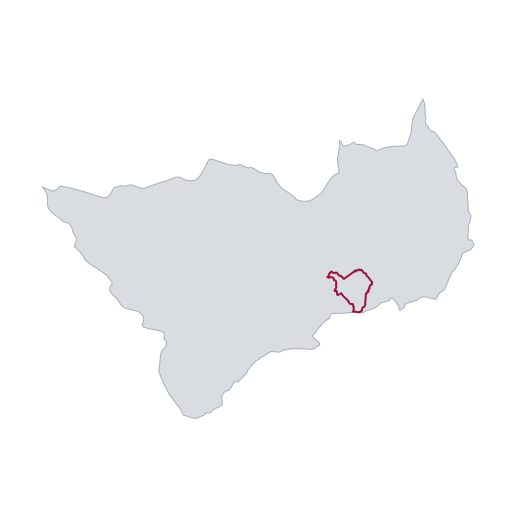 Batangafo, Ouham, Central African Republic shown in context, rotated 183°
{"feature_id": "33826404B19230963390716", "entity_name": "Batangafo", "entity_type": "district", "adm_level": 2, "iso_a3": "CAF", "parent_name": "Central African Republic", "parent_adm1": "Ouham", "projection": "robinson", "projection_center": [18.084, 7.412], "detail": "fine", "context": "in_parent", "style": "outline", "palette": "rose", "viewbox_px": 512, "rotation_deg": 183, "n_neighbors": 0, "source": "geoboundaries", "source_scale": "gbopen_adm2", "svg_char_len": 6836}
<svg xmlns="http://www.w3.org/2000/svg" viewBox="0 0 512 512"><g transform="rotate(183 256 256)"><path d="M360.2,178.0L365.1,179.4L366.0,181.1L364.7,186.7L365.6,190.2L368.4,193.1L371.2,194.4L373.9,195.1L383.3,196.9L387.2,199.0L392.3,205.5L398.8,211.5L400.4,214.6L400.1,217.5L398.2,221.0L398.5,222.4L401.5,225.9L404.9,229.4L411.1,233.4L421.9,239.6L426.9,243.8L428.6,246.9L431.4,250.4L435.2,253.5L437.8,255.9L436.1,262.7L436.6,265.0L437.6,266.9L439.8,269.6L440.8,273.1L443.0,277.4L445.7,279.3L450.1,280.1L452.5,282.1L457.4,285.5L462.1,288.5L464.1,290.5L465.4,292.3L466.5,294.5L467.0,296.6L467.1,301.2L468.0,306.9L470.5,310.9L472.9,313.8L463.3,310.4L461.8,310.4L460.1,310.9L455.1,315.1L453.5,315.6L447.1,314.7L431.8,311.4L419.9,308.3L416.4,307.2L410.1,306.1L405.9,308.2L402.0,315.6L400.9,317.0L394.7,319.2L391.8,318.6L384.7,320.6L373.7,317.6L369.8,318.2L366.7,319.7L358.8,323.0L354.0,324.9L348.5,326.6L343.2,329.3L339.6,330.7L336.1,330.7L333.0,329.2L329.5,327.9L325.4,327.6L321.1,328.4L317.5,331.3L316.0,333.4L312.9,339.0L309.1,348.0L307.7,349.8L306.3,350.7L289.1,346.2L281.7,345.2L276.7,346.6L270.5,344.0L267.7,343.6L266.4,344.4L263.0,343.3L257.3,340.2L251.8,338.9L247.0,339.3L244.0,338.3L241.6,335.3L238.5,329.8L232.9,324.4L225.4,320.0L220.7,316.7L218.8,314.5L214.8,313.3L208.6,313.1L202.7,315.2L194.1,322.1L186.2,336.0L181.8,341.3L178.3,342.7L177.4,346.1L179.1,351.4L179.6,357.6L178.4,368.0L178.8,375.6L176.9,374.4L175.1,370.9L174.3,370.2L169.0,371.8L166.3,373.2L164.9,374.6L163.8,374.8L162.1,372.9L160.8,372.5L158.7,372.9L156.6,372.9L155.3,372.6L154.4,372.8L151.9,371.6L142.9,368.7L141.4,367.7L139.6,367.8L134.9,370.4L132.4,371.1L125.0,372.7L117.0,373.4L114.0,373.5L111.9,374.6L110.5,376.2L108.1,385.9L107.4,387.5L107.5,389.9L106.8,397.7L107.1,400.2L97.6,421.5L96.0,417.9L95.0,413.7L94.6,409.0L94.8,407.7L94.2,406.3L93.4,402.4L94.2,399.9L93.6,397.2L91.7,394.7L90.0,392.7L89.1,390.9L88.3,390.1L86.4,389.9L83.9,389.0L73.3,376.5L62.3,362.4L60.1,357.9L59.2,355.2L61.9,354.9L62.5,354.5L62.6,353.2L60.9,349.6L60.1,345.1L58.8,342.3L54.5,338.0L50.3,334.7L49.0,333.0L48.3,330.6L46.7,315.4L46.0,311.1L44.7,309.3L43.8,308.4L43.4,307.3L43.6,304.6L44.2,302.2L44.1,301.3L45.3,299.1L45.3,285.1L44.0,283.2L41.5,283.2L40.2,281.1L39.1,278.5L39.4,276.7L41.8,273.9L43.4,272.8L48.1,270.5L49.4,269.4L50.2,268.0L50.8,266.1L53.5,258.9L57.6,251.7L59.3,250.3L63.4,239.7L64.4,237.0L65.1,234.3L66.4,232.1L70.8,228.5L74.2,222.2L77.9,222.6L81.6,223.6L86.4,224.1L90.2,222.8L92.6,220.4L104.3,216.2L105.1,212.8L106.9,211.0L109.1,209.5L109.8,209.3L110.0,210.4L111.3,213.9L113.9,217.4L117.8,221.2L118.9,221.0L121.3,218.1L127.4,216.3L128.9,215.5L133.2,211.3L138.4,208.5L141.5,207.6L146.7,204.8L150.4,205.2L156.4,204.7L166.4,203.4L173.6,203.0L177.2,202.4L178.1,201.9L179.5,197.8L180.6,196.7L183.3,194.9L188.6,188.8L192.1,183.6L193.2,181.8L193.9,181.5L195.4,179.3L193.9,177.0L188.0,172.5L188.0,171.8L187.7,171.1L188.0,170.4L190.3,168.6L193.4,166.4L196.6,165.6L205.1,165.8L212.4,165.4L214.1,165.5L219.7,164.4L223.6,163.4L227.5,161.2L236.5,161.4L244.0,155.8L246.2,154.8L247.1,153.9L247.4,153.1L250.9,150.9L254.8,146.3L257.9,142.1L258.8,139.2L267.2,129.3L270.2,129.5L271.6,128.3L275.0,121.7L276.0,120.4L279.5,119.3L281.2,117.3L282.6,114.4L282.6,110.8L281.9,107.9L281.9,106.5L282.7,105.2L284.1,103.9L290.5,100.4L292.1,98.7L293.1,97.1L294.9,96.8L296.9,97.0L298.1,96.0L299.5,94.4L304.0,92.2L308.1,90.5L312.4,91.3L320.3,93.4L322.7,98.2L323.8,99.8L333.6,111.0L335.5,113.6L340.3,121.7L343.3,127.2L346.7,135.0L347.0,139.3L346.6,143.0L346.0,153.3L345.1,156.3L340.8,161.9L340.7,164.4L341.5,166.5L342.8,167.4L343.6,168.4L343.2,173.2L344.7,175.1L347.9,176.4L356.0,177.3L360.2,178.0Z" fill="#d9dde1" stroke="#a8b0b8" stroke-width="1"/><path d="M141.2,229.0L141.5,229.3L141.5,229.6L141.3,230.0L141.0,230.2L141.0,230.8L140.9,231.5L140.3,232.8L140.0,233.2L139.7,233.3L139.3,233.3L139.1,233.4L138.9,233.7L138.8,234.2L138.7,234.5L138.9,235.0L138.9,235.4L138.6,235.8L143.0,240.9L144.5,242.1L145.1,243.7L145.2,244.1L145.6,244.3L145.9,244.4L146.0,244.4L146.7,244.6L147.4,244.7L147.8,245.1L148.1,245.6L148.5,246.3L149.2,247.0L149.6,247.4L150.4,247.7L150.5,247.6L150.6,247.4L150.9,247.2L151.2,247.1L151.5,247.4L152.1,247.9L152.9,247.5L153.2,247.4L153.8,247.2L154.3,247.0L155.0,246.4L155.1,246.2L155.3,246.1L155.6,245.9L156.2,246.7L156.5,246.5L156.7,246.3L156.9,246.0L157.1,245.8L157.2,245.5L157.5,245.3L158.4,244.6L166.2,238.4L166.3,238.3L166.6,238.0L167.2,237.8L167.4,238.0L167.9,238.5L168.4,238.8L168.5,239.1L169.0,239.4L169.4,239.8L169.8,240.2L170.0,240.5L170.4,240.7L170.7,240.6L171.0,240.5L171.2,240.4L171.5,240.6L171.8,241.0L172.2,241.3L172.8,241.6L173.3,241.9L173.5,242.5L173.9,243.2L174.4,243.4L175.1,243.6L175.6,243.6L176.4,243.2L177.2,243.0L178.0,243.3L179.5,244.2L180.0,244.3L180.3,244.3L180.4,244.0L180.4,243.6L180.5,243.3L180.8,243.2L181.5,242.9L181.7,242.7L181.9,242.3L181.9,242.0L181.9,241.5L181.9,241.3L181.9,241.1L182.0,240.7L182.1,240.4L182.3,240.0L182.3,239.8L182.6,239.6L183.0,239.4L183.4,239.2L183.5,239.0L183.5,238.8L183.5,238.6L183.4,238.6L183.0,238.4L182.1,238.1L181.8,238.3L181.5,238.6L181.2,238.8L180.9,238.8L180.6,238.8L180.1,238.8L180.0,238.7L179.6,238.6L179.1,238.5L178.5,238.6L178.0,238.5L177.8,238.3L177.5,238.1L177.3,237.9L177.3,237.7L177.1,237.3L177.0,236.9L176.9,236.6L177.0,236.4L177.0,236.2L176.8,236.0L176.4,236.0L175.9,235.8L175.5,235.6L175.2,235.4L174.9,235.0L174.7,234.5L174.3,232.7L174.5,232.3L174.5,232.0L174.6,231.5L174.7,230.9L174.5,230.5L174.3,230.2L174.1,229.8L174.1,229.4L174.3,228.7L174.5,228.0L174.7,227.8L175.0,227.4L175.1,227.0L175.2,226.8L175.4,226.4L175.6,226.1L175.6,225.8L175.5,225.5L175.4,225.1L175.1,225.1L174.3,225.7L173.3,224.6L173.3,223.9L173.1,222.0L172.3,221.3L168.8,223.2L168.0,221.9L166.6,220.4L164.9,219.0L163.5,217.7L162.7,217.3L162.4,216.7L162.1,216.0L161.4,215.9L161.2,215.4L160.5,214.0L160.0,213.5L159.6,213.3L159.3,213.1L158.7,213.0L158.3,213.0L157.6,213.1L157.2,213.1L156.8,212.9L156.6,212.7L156.5,212.1L156.4,211.5L156.4,211.2L156.2,211.0L155.9,210.9L155.8,210.7L155.9,210.4L156.0,209.7L155.8,209.4L155.6,208.9L155.5,208.3L155.6,207.6L155.8,206.9L156.1,205.7L155.8,205.7L155.7,205.7L154.6,205.6L153.3,205.5L151.6,205.2L150.8,205.2L150.2,205.1L149.5,205.6L149.2,205.6L149.2,205.9L148.9,206.1L148.7,206.2L148.5,206.3L148.1,206.5L147.8,206.6L147.5,206.8L147.4,206.9L147.4,207.4L147.4,207.8L147.3,208.2L147.3,208.8L147.2,209.2L147.1,209.4L147.0,209.7L146.9,210.0L146.6,210.3L146.2,210.4L146.0,210.5L145.5,210.7L145.3,210.9L145.1,211.2L145.0,211.4L144.5,212.3L144.3,222.3L144.4,222.7L144.4,222.9L144.3,223.3L144.3,223.6L144.3,223.9L144.2,224.2L144.0,224.4L143.6,224.6L143.4,224.7L143.2,225.0L142.9,225.2L142.9,225.4L142.9,225.7L142.9,226.0L142.8,226.3L142.7,226.3L142.4,226.4L142.1,226.4L141.9,226.4L141.9,226.6L142.0,227.0L142.1,227.8L141.7,228.0L141.3,228.6L141.2,229.0Z" fill="none" stroke="#9f1239" stroke-width="2"/></g></svg>